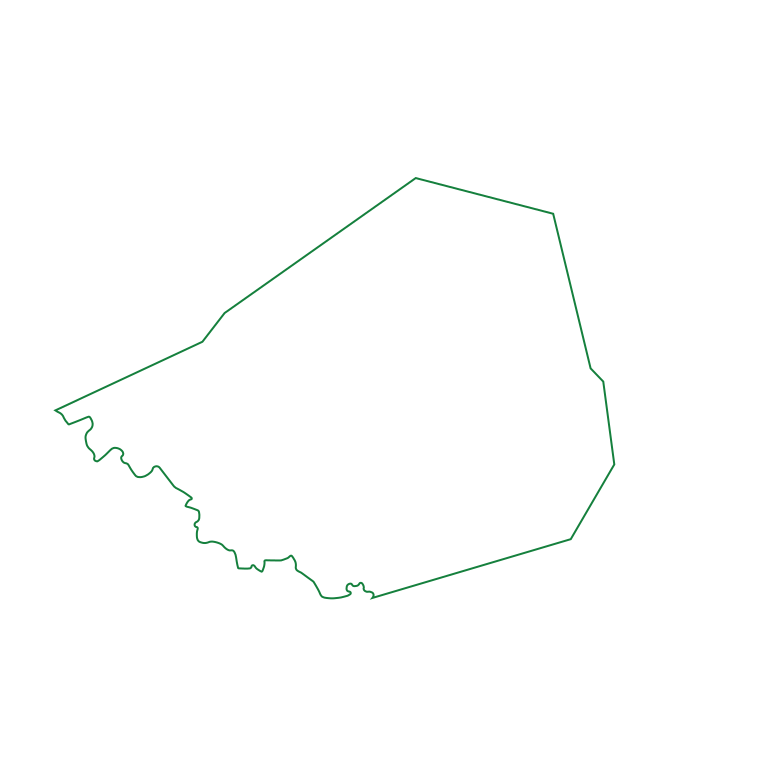 outline of Candelaria, Lempira, Honduras, rotated 128°
{"feature_id": "27666195B3501505273689", "entity_name": "Candelaria", "entity_type": "district", "adm_level": 2, "iso_a3": "HND", "parent_name": "Honduras", "parent_adm1": "Lempira", "projection": "orthographic", "projection_center": [-88.523, 14.054], "detail": "fine", "context": "isolated", "style": "outline", "palette": "green", "viewbox_px": 768, "rotation_deg": 128, "n_neighbors": 0, "source": "geoboundaries", "source_scale": "gbopen_adm2", "svg_char_len": 6106}
<svg xmlns="http://www.w3.org/2000/svg" viewBox="0 0 768 768"><g transform="rotate(128 384 384)"><path d="M202.2,485.8L426.2,553.3L462.5,553.1L607.1,626.7L606.9,624.4L606.4,621.9L606.3,621.0L606.3,619.8L606.4,618.8L606.6,618.1L606.8,617.4L607.0,616.9L607.8,615.4L608.2,614.4L608.6,613.4L609.0,612.4L609.4,610.5L609.7,609.2L610.0,607.9L609.9,607.6L609.7,607.3L609.5,607.2L604.2,604.0L599.1,601.0L593.6,597.9L591.9,596.8L591.5,596.5L591.3,596.1L591.2,595.7L591.3,595.2L591.6,594.1L592.2,592.8L592.7,591.7L593.4,590.6L594.0,589.9L594.7,589.1L595.3,588.7L596.2,588.1L597.2,587.7L597.9,587.5L598.7,587.4L599.5,587.3L600.8,587.4L602.4,587.8L603.7,588.0L605.0,588.1L606.2,587.9L607.3,587.6L608.1,587.3L608.6,587.1L609.3,586.7L610.0,586.2L610.9,585.4L612.4,583.8L614.2,581.7L615.0,580.6L615.6,579.4L616.0,578.2L616.3,577.1L616.4,576.0L616.5,574.0L616.7,572.4L617.1,570.9L617.7,569.5L618.0,569.0L618.4,568.5L618.8,568.0L619.2,567.6L620.1,567.1L621.2,566.6L621.7,566.2L622.0,565.6L622.2,565.2L622.3,564.7L622.2,564.1L622.0,563.3L621.8,562.9L621.6,562.5L621.3,562.2L621.0,562.1L620.3,561.8L619.0,561.4L614.8,560.5L611.8,559.9L609.7,559.6L604.8,559.0L602.8,558.6L602.2,558.4L601.7,558.1L600.8,557.6L600.4,557.2L600.0,556.8L599.4,555.9L598.9,555.0L598.5,554.1L598.2,553.1L598.0,552.3L597.9,551.5L597.9,550.4L598.0,549.4L598.2,548.5L598.5,547.8L599.0,547.1L599.5,546.5L600.1,546.2L600.6,546.0L601.2,545.9L601.6,546.0L602.2,546.1L602.9,546.1L603.6,545.9L604.0,545.6L604.4,545.3L605.0,544.5L605.4,543.8L605.7,543.1L605.9,542.4L606.0,541.8L606.1,541.3L606.1,540.6L605.9,540.0L605.8,539.5L605.5,538.9L605.1,538.1L605.0,537.6L604.9,536.9L604.9,536.2L605.1,535.6L605.4,534.8L606.6,531.9L607.3,530.0L608.0,527.8L608.5,526.0L608.9,524.5L609.2,523.1L609.2,522.3L609.0,521.5L608.8,520.7L608.4,520.1L607.8,519.2L607.0,518.2L606.4,517.6L605.4,516.8L604.2,515.9L603.5,515.5L602.1,514.9L600.3,514.2L598.6,513.8L597.0,513.5L595.7,513.4L594.8,513.5L593.8,513.8L593.0,514.1L592.3,514.3L591.5,514.2L590.9,514.1L590.3,513.8L589.6,513.3L589.1,512.9L588.7,512.4L588.4,511.8L588.1,511.1L588.0,510.5L588.0,509.9L588.1,509.2L593.6,487.9L593.8,487.0L594.0,486.2L594.0,485.0L594.0,483.7L593.8,482.9L593.4,480.7L593.0,478.1L592.6,475.5L592.4,472.9L592.2,469.0L592.1,466.2L592.2,465.5L592.3,465.3L592.6,465.0L592.8,464.9L593.2,464.8L593.6,465.0L594.2,465.4L594.7,465.7L595.4,466.0L596.1,466.1L597.3,466.2L598.7,466.1L600.1,465.9L601.0,465.7L602.1,465.4L602.3,465.1L602.2,464.4L602.0,463.7L601.1,461.7L600.4,460.0L599.4,456.9L598.8,454.9L598.4,453.6L598.2,452.7L598.2,452.2L598.4,451.6L598.6,451.2L599.4,450.3L600.8,448.9L601.9,448.1L603.0,447.3L603.8,446.8L604.3,446.6L604.8,446.4L605.3,446.3L605.9,446.3L606.6,446.3L607.1,446.4L607.7,446.6L608.8,447.1L609.3,447.2L609.6,447.2L610.1,447.2L610.6,447.1L610.9,447.0L611.4,446.7L611.7,446.4L612.1,446.0L612.3,445.6L612.4,445.1L612.4,444.7L612.4,444.2L612.0,443.4L611.9,443.0L612.0,442.6L612.2,442.1L612.6,441.8L613.1,441.5L614.8,440.8L615.9,440.2L617.1,439.4L619.0,437.9L620.3,436.7L620.9,435.9L621.5,435.0L621.7,434.6L621.8,434.0L622.0,433.4L622.0,432.8L621.9,432.1L621.7,431.3L621.4,430.5L621.1,429.8L620.8,429.1L620.3,428.2L619.5,427.1L618.7,426.3L617.6,425.4L616.5,424.7L615.8,424.3L615.1,423.7L614.4,422.9L613.7,422.0L613.0,420.8L612.3,419.4L611.7,418.0L611.2,416.6L610.8,415.3L610.6,414.3L610.4,413.2L610.4,412.4L610.5,411.5L610.9,409.2L611.0,407.9L611.0,406.4L610.8,405.0L610.6,404.2L610.3,403.4L609.7,402.6L608.8,401.6L608.6,401.3L608.4,400.9L608.2,400.2L608.2,399.9L608.3,399.3L608.5,398.6L608.7,398.1L609.2,397.2L610.0,395.8L610.7,395.0L611.7,393.8L614.8,390.5L616.9,388.1L618.7,385.8L618.8,385.6L618.8,385.3L618.7,385.0L617.8,383.7L615.5,380.5L613.4,377.8L612.0,376.3L611.6,376.0L611.3,375.9L610.6,375.7L610.1,375.8L609.8,375.8L609.2,376.2L608.9,376.2L608.4,376.2L608.1,376.2L607.8,376.0L607.5,375.7L607.3,375.5L607.2,375.2L607.1,374.8L607.1,374.1L607.2,373.6L607.5,372.7L607.7,372.0L607.9,371.0L607.9,370.2L607.8,368.5L607.6,366.6L607.3,365.1L607.2,364.9L606.8,364.7L606.7,364.7L606.1,364.7L604.4,365.2L601.8,366.1L600.6,366.7L599.4,367.4L598.5,368.0L597.3,369.1L597.0,369.2L596.7,369.2L596.2,369.1L595.5,368.4L592.6,364.5L587.8,358.2L586.8,357.0L586.4,356.5L585.8,356.1L584.2,355.0L580.9,353.0L580.3,352.7L579.6,352.5L579.2,352.4L578.0,352.2L577.6,352.1L577.2,352.0L576.8,351.8L576.5,351.4L576.3,351.2L576.3,350.5L576.9,348.4L577.3,347.5L577.8,346.1L578.2,345.3L578.6,344.5L579.5,343.3L580.5,342.3L581.5,341.5L582.9,340.6L583.3,340.2L583.6,339.9L583.9,339.4L584.1,338.9L584.3,338.5L584.4,337.7L584.3,336.2L584.1,335.2L583.7,333.4L583.6,331.8L583.4,324.7L583.2,319.4L583.2,318.0L583.3,317.5L584.8,313.6L586.4,309.7L587.5,307.3L588.7,305.1L589.2,304.1L589.4,303.3L589.6,302.7L589.7,301.9L589.6,301.4L589.4,300.6L589.0,299.4L588.5,298.5L588.0,297.6L587.0,296.0L585.8,294.2L584.1,292.0L583.1,290.9L580.6,288.3L578.6,286.4L575.9,284.3L573.5,282.5L572.8,282.1L572.0,281.8L571.3,281.5L570.4,281.2L570.1,281.2L569.8,281.2L569.5,281.3L569.3,281.5L569.0,281.7L568.9,282.0L568.7,282.3L568.7,282.7L568.7,283.0L568.8,283.3L569.2,283.9L569.3,284.2L569.5,284.9L569.5,285.4L569.5,285.8L569.3,286.3L569.1,286.7L568.7,287.2L568.1,287.7L567.4,288.1L566.6,288.6L566.1,288.8L565.6,288.9L565.0,289.0L564.5,288.9L563.8,288.8L563.0,288.4L562.3,287.9L562.0,287.6L561.9,287.3L561.6,286.8L561.6,286.2L561.7,285.8L562.0,285.1L562.0,284.8L562.1,284.3L562.0,283.8L561.9,283.5L561.7,283.1L561.1,282.4L560.6,281.9L559.7,281.1L559.4,280.9L558.8,280.6L558.3,280.5L557.7,280.4L557.3,280.4L556.4,280.5L556.0,280.5L555.7,280.4L555.4,280.3L555.0,279.9L554.8,279.6L554.7,279.2L554.6,278.9L554.6,278.5L554.9,277.5L555.3,276.5L555.8,275.7L556.3,275.1L556.9,274.5L557.8,274.1L558.2,273.6L558.4,273.3L558.6,272.9L558.7,272.5L558.8,272.0L558.8,271.5L558.7,270.8L558.5,270.3L558.4,269.8L558.0,269.2L557.7,268.9L557.0,268.1L556.7,267.7L556.3,267.2L556.1,266.5L555.8,265.7L555.6,264.8L555.6,264.3L555.7,263.8L555.9,263.3L556.2,262.8L556.6,262.4L557.2,262.0L557.6,261.7L558.2,261.6L559.0,261.4L559.7,261.4L391.3,141.3L305.6,153.0L247.1,212.7L244.5,230.8L145.7,355.5L202.2,485.8Z" fill="none" stroke="#15803d" stroke-width="2"/></g></svg>